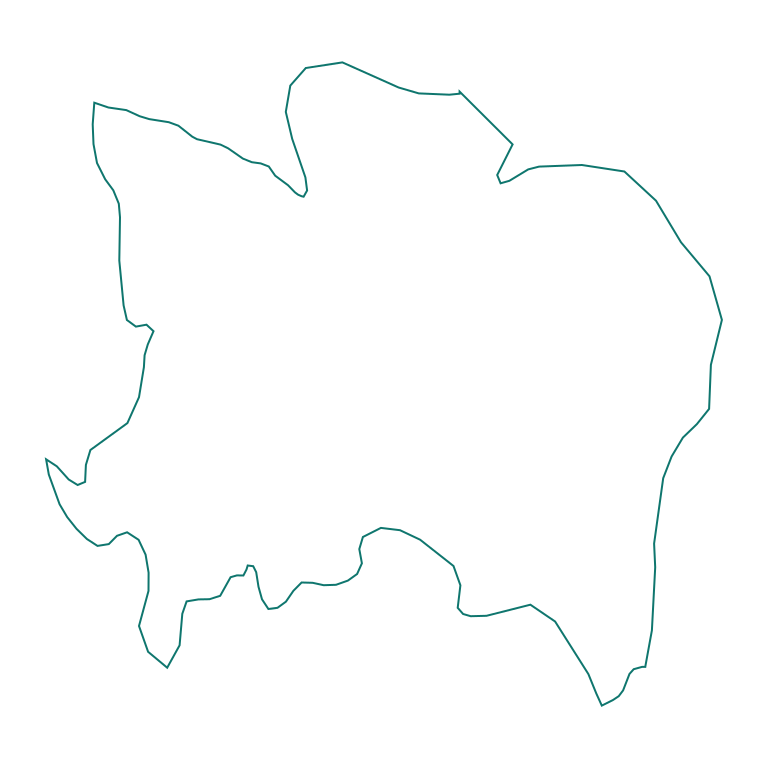 map outline of Benue (Equal Earth projection)
{"feature_id": "NGA-2846", "entity_name": "Benue", "entity_type": "State", "adm_level": 1, "iso_a3": "NGA", "parent_name": "Nigeria", "parent_adm1": "", "projection": "equal_earth", "projection_center": [8.494, 7.276], "detail": "fine", "context": "isolated", "style": "outline", "palette": "teal", "viewbox_px": 768, "rotation_deg": 0, "n_neighbors": 0, "source": "natural_earth", "source_scale": "10m", "svg_char_len": 1866}
<svg xmlns="http://www.w3.org/2000/svg" viewBox="0 0 768 768"><path d="M645.3,666.9L642.0,666.9L633.7,669.2L629.5,673.9L623.1,690.4L618.7,696.2L613.0,700.0L601.8,705.6L596.3,693.5L588.4,674.1L555.1,621.5L530.4,604.7L486.5,615.8L470.7,616.2L463.1,614.0L457.7,607.8L460.4,585.3L453.5,566.0L420.1,539.7L400.0,530.2L380.9,527.9L362.9,537.0L359.3,549.1L361.9,563.3L357.1,574.0L347.9,580.6L336.0,584.8L323.7,585.2L312.6,582.8L301.6,582.5L293.4,590.8L285.9,601.7L277.5,607.8L268.4,609.0L262.0,599.3L258.5,586.8L256.2,572.2L253.2,566.2L247.7,565.5L246.5,569.5L243.4,575.5L236.9,575.4L230.6,577.2L220.2,595.8L209.5,599.2L198.5,599.4L186.6,601.4L182.3,613.8L179.6,645.3L167.2,667.7L148.1,651.8L139.0,626.0L148.5,590.9L148.6,572.7L145.6,554.7L138.6,539.8L127.1,532.3L117.0,535.8L108.8,544.1L97.5,545.9L86.9,539.0L76.5,528.8L67.2,517.1L59.6,504.3L48.8,474.5L46.1,459.3L56.8,466.3L68.7,479.5L77.6,485.0L85.1,481.9L85.9,464.9L90.4,450.0L127.4,423.1L139.0,397.2L143.9,367.2L144.6,355.2L147.8,344.4L153.5,331.2L146.5,324.7L135.9,326.6L126.9,320.0L123.6,305.4L119.3,260.6L120.0,217.3L118.8,203.7L113.3,190.3L105.2,179.3L97.0,163.0L93.5,144.1L92.7,124.3L94.3,102.7L108.4,107.5L126.3,110.1L139.6,116.2L149.2,119.1L168.8,122.2L178.4,125.7L192.3,136.7L197.0,139.2L220.5,144.6L228.1,148.3L242.9,158.6L251.8,162.2L260.7,163.4L268.8,166.5L275.2,175.7L288.0,185.2L295.0,192.4L298.1,194.7L301.5,196.2L303.6,196.7L307.1,190.5L305.4,177.4L292.2,138.9L285.8,111.9L290.3,85.6L305.8,68.0L342.4,62.4L398.6,87.5L418.8,93.4L449.4,94.7L459.6,93.7L459.6,91.6L512.6,144.4L497.2,175.0L500.6,183.3L509.4,180.8L528.2,169.4L539.1,166.6L581.9,165.0L624.4,171.5L656.0,200.7L681.0,242.3L709.5,276.3L721.9,319.9L710.9,364.8L709.1,408.9L696.9,424.1L682.9,437.6L671.6,456.5L663.2,478.2L654.1,543.6L655.2,567.3L651.9,630.4L645.4,666.1L645.3,666.9L645.3,666.9Z" fill="none" stroke="#0f766e" stroke-width="2"/></svg>